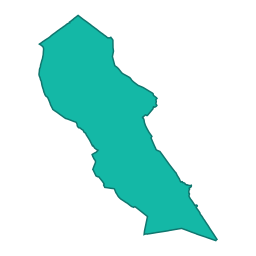 Adancata, Suceava, Romania
{"feature_id": "2599482B17413063998291", "entity_name": "Adancata", "entity_type": "district", "adm_level": 2, "iso_a3": "ROU", "parent_name": "Romania", "parent_adm1": "Suceava", "projection": "mercator", "projection_center": [26.302, 47.737], "detail": "fine", "context": "isolated", "style": "filled", "palette": "teal", "viewbox_px": 256, "rotation_deg": 0, "n_neighbors": 0, "source": "geoboundaries", "source_scale": "gbopen_adm2", "svg_char_len": 5545}
<svg xmlns="http://www.w3.org/2000/svg" viewBox="0 0 256 256"><path d="M150.9,233.5L153.9,233.0L155.1,232.8L156.1,232.6L164.1,231.4L167.9,230.8L169.6,230.4L171.5,230.1L175.4,229.4L176.8,229.2L177.8,229.0L180.4,228.6L181.6,228.4L186.4,230.1L189.5,231.3L190.1,231.5L191.0,231.9L193.0,232.6L196.1,233.7L196.8,234.1L200.4,235.3L203.4,236.3L215.5,240.5L215.8,240.6L216.1,240.2L216.3,239.9L216.7,239.6L217.0,239.4L214.7,235.9L213.7,234.3L212.4,232.4L210.8,230.0L209.8,228.5L208.3,226.0L206.2,222.9L205.7,222.2L205.1,221.2L204.4,220.1L203.6,219.1L202.3,216.9L201.6,215.9L200.5,214.5L200.0,213.6L199.9,213.3L199.9,212.9L199.4,212.1L197.9,209.9L196.5,208.1L196.1,207.1L196.6,206.9L196.7,206.7L196.8,206.6L197.0,206.4L197.1,206.2L197.3,206.0L197.3,205.9L197.3,205.7L197.2,205.6L196.9,205.3L196.7,205.1L196.0,205.1L195.4,205.2L195.2,205.5L194.7,205.4L194.6,205.0L194.2,204.3L193.8,203.7L193.1,202.6L191.6,200.4L190.4,198.9L189.3,196.9L189.0,196.2L189.0,195.9L189.1,195.3L189.1,195.0L189.3,194.7L189.4,194.3L189.4,193.9L189.4,193.6L189.3,193.3L189.0,193.0L188.8,193.0L188.8,192.5L188.8,192.2L188.8,191.7L188.7,191.5L188.7,191.2L188.9,191.0L188.9,190.8L189.0,190.3L189.2,189.9L189.4,189.7L189.5,189.4L189.5,189.0L189.4,188.7L189.2,188.5L189.2,188.1L189.5,187.9L190.0,187.6L190.5,187.3L190.9,187.0L191.1,186.6L191.3,186.3L191.4,185.8L191.3,185.3L190.8,185.5L189.9,185.5L189.3,185.5L188.9,185.4L188.0,185.1L187.5,185.0L187.3,185.1L187.2,184.8L186.6,184.8L186.6,184.7L185.8,184.5L185.4,184.3L185.2,184.1L185.1,183.7L184.8,183.3L184.3,183.0L184.0,182.9L183.4,182.7L182.9,182.7L182.7,182.6L182.6,182.3L182.4,181.8L182.0,181.6L181.9,181.6L181.3,181.9L181.0,182.1L180.4,181.3L179.9,180.3L179.4,179.0L178.0,176.7L177.3,175.6L176.6,174.2L176.1,173.1L175.8,172.6L175.1,172.0L169.6,164.9L164.2,157.4L161.9,154.2L159.9,151.5L158.0,150.7L156.5,150.0L155.8,149.2L155.7,148.5L154.8,146.7L153.3,143.3L151.0,137.9L151.9,136.4L149.0,132.3L148.1,130.7L147.1,128.9L145.5,125.7L144.4,122.5L144.0,119.8L143.3,118.2L142.7,118.0L142.5,117.3L143.3,116.7L145.4,114.9L145.9,115.0L147.0,115.6L147.6,115.2L150.8,111.4L152.9,108.9L153.5,106.8L154.7,107.2L155.7,106.6L156.4,106.1L156.9,105.4L156.1,104.1L155.9,103.6L155.9,103.1L156.2,102.2L156.3,101.5L156.1,100.7L155.9,99.6L157.0,98.4L156.4,97.7L153.8,95.7L153.4,95.2L153.1,93.7L152.3,93.0L147.6,90.2L143.3,87.6L141.3,86.7L138.1,85.4L133.5,81.9L131.8,80.3L130.9,78.9L129.8,77.6L127.2,76.1L123.5,74.1L122.1,73.2L120.9,71.8L118.4,68.6L116.9,67.2L114.8,65.7L112.4,56.6L113.5,51.1L113.0,47.8L112.9,40.1L112.7,39.8L112.0,38.8L111.9,38.7L111.7,38.5L111.6,38.3L111.4,38.0L111.1,37.8L110.9,37.6L110.8,37.4L110.7,37.5L110.2,37.8L109.8,37.8L109.4,37.9L108.8,37.9L108.4,37.8L108.1,37.9L107.8,37.9L107.4,37.6L106.9,37.2L106.4,36.7L105.7,36.2L104.9,35.6L104.2,35.1L103.6,34.7L103.3,34.4L102.9,34.1L102.4,33.7L101.8,33.3L101.4,33.1L100.9,32.7L100.6,32.4L100.3,32.2L100.1,32.1L99.1,31.4L98.6,30.9L97.5,30.1L96.5,29.2L95.9,28.8L94.5,27.8L93.5,27.0L93.0,26.7L92.5,26.3L91.3,25.4L91.0,25.1L90.3,24.5L89.8,24.2L86.9,22.0L83.1,19.3L78.1,15.4L77.4,15.9L76.8,16.4L76.4,16.7L75.9,17.1L75.4,17.5L74.5,18.1L74.2,18.4L73.8,18.7L73.0,19.6L72.9,19.5L72.5,19.8L71.4,20.7L71.1,21.0L70.6,21.3L69.5,22.1L69.7,22.6L69.4,22.6L69.2,22.8L68.9,23.1L68.4,23.3L68.1,23.5L67.9,23.6L67.6,23.7L67.4,23.8L66.8,24.2L66.3,24.6L65.7,25.1L65.1,25.6L64.6,26.0L64.0,26.3L63.7,26.6L63.4,26.8L62.9,27.1L62.4,27.5L61.9,27.9L61.3,28.3L60.6,28.7L60.0,29.2L59.3,29.7L58.6,30.2L58.0,30.6L57.3,31.1L56.7,31.6L56.0,32.1L55.4,32.6L54.7,33.1L54.0,33.6L53.3,34.1L52.6,34.6L52.0,35.1L51.3,35.6L50.7,36.2L50.2,36.7L49.9,36.9L49.5,37.2L48.9,37.7L47.5,38.6L46.8,39.0L46.1,39.5L45.4,39.9L44.7,40.4L44.0,40.9L43.3,41.3L42.6,41.8L42.0,42.3L41.3,42.8L40.6,43.3L39.9,43.7L39.7,43.9L39.4,44.1L40.3,44.7L40.7,44.9L41.1,45.2L41.6,45.6L42.2,46.1L42.6,46.4L43.2,47.3L43.5,48.2L43.6,49.2L43.4,51.5L43.2,54.8L42.8,56.7L42.4,58.9L41.9,60.2L41.3,62.5L40.6,64.9L40.4,66.7L40.2,67.5L39.8,68.2L39.5,69.3L39.3,71.6L39.0,74.0L39.0,74.5L39.1,75.2L39.3,76.0L40.0,77.6L40.3,78.7L40.5,79.7L41.2,81.1L41.4,81.8L41.6,83.2L42.0,85.3L42.8,88.1L43.2,89.1L43.9,91.9L44.0,92.2L44.4,93.0L44.9,94.5L45.4,95.4L45.9,96.1L46.3,96.4L47.3,97.1L47.7,97.6L48.0,98.2L48.6,99.6L49.1,100.7L50.0,103.0L50.5,104.7L51.4,106.5L52.4,108.4L52.8,109.4L53.5,109.9L54.9,110.9L56.9,112.2L58.4,113.3L60.4,114.8L62.4,116.2L64.7,117.9L65.7,118.5L66.2,118.7L66.6,118.7L67.0,118.8L67.5,119.0L69.9,119.9L72.2,120.8L74.2,121.6L75.7,122.0L76.4,122.7L77.1,124.4L77.2,124.9L77.2,125.7L77.7,126.7L78.5,127.5L78.8,127.8L79.7,127.9L80.4,128.2L80.8,128.5L81.3,129.1L81.8,129.4L82.5,129.8L83.2,130.3L83.5,131.1L83.7,131.5L83.8,131.8L84.4,132.5L85.0,132.8L85.5,133.0L85.8,133.6L86.2,134.7L87.9,137.3L89.8,140.4L92.5,145.9L93.1,145.6L94.6,148.0L96.7,149.6L98.0,150.2L97.3,151.1L96.1,152.3L95.0,152.8L92.1,154.5L92.5,155.7L92.8,156.5L93.5,157.8L94.0,158.9L94.7,159.8L95.4,160.7L95.4,161.0L95.5,162.0L95.3,163.0L94.5,164.9L93.3,168.0L92.8,169.5L93.1,169.8L96.0,175.9L97.2,176.5L97.9,176.8L98.2,176.8L98.6,176.7L98.8,176.9L102.2,181.1L103.4,182.8L104.1,184.1L103.9,184.5L103.6,185.0L104.8,187.4L107.2,187.7L111.7,188.4L113.7,188.6L114.4,188.9L115.0,190.4L115.9,192.7L116.7,193.8L118.0,196.1L118.7,197.0L120.6,198.9L123.1,200.5L125.9,202.4L127.3,203.2L130.6,205.8L131.6,206.5L133.0,207.0L133.5,207.2L133.7,207.3L134.1,207.0L134.6,206.7L135.0,206.7L135.9,207.3L139.2,209.9L143.1,213.0L147.5,216.5L144.5,231.0L144.1,234.5L144.8,234.2L145.6,234.0L146.4,233.9L147.1,234.1L148.5,233.8L149.2,233.7L149.7,233.7L150.9,233.5Z" fill="#14b8a6" stroke="#0f766e" stroke-width="1.5"/></svg>